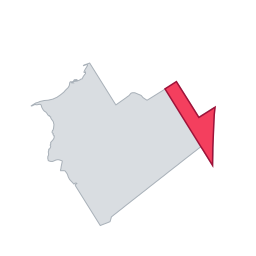 location of Bir Moghrein, Tiris Zemmour, Mauritania, rotated 58°
{"feature_id": "47542326B49457561972338", "entity_name": "Bir Moghrein", "entity_type": "district", "adm_level": 2, "iso_a3": "MRT", "parent_name": "Mauritania", "parent_adm1": "Tiris Zemmour", "projection": "mercator", "projection_center": [-8.377, 26.182], "detail": "fine", "context": "in_parent", "style": "filled", "palette": "rose", "viewbox_px": 256, "rotation_deg": 58, "n_neighbors": 0, "source": "geoboundaries", "source_scale": "gbopen_adm2", "svg_char_len": 3382}
<svg xmlns="http://www.w3.org/2000/svg" viewBox="0 0 256 256"><g transform="rotate(58 128 128)"><path d="M111.2,212.1L109.6,211.0L109.0,209.9L108.0,209.1L106.5,208.5L105.6,207.9L105.1,207.2L104.6,206.7L104.0,206.5L104.0,206.2L104.1,205.9L104.0,205.2L103.1,203.7L102.3,203.1L101.6,203.2L101.2,203.0L101.0,202.7L100.9,202.2L100.5,201.8L99.6,201.6L99.0,200.5L98.5,198.5L97.9,197.0L97.1,195.8L96.5,195.4L96.1,195.3L96.0,195.2L95.9,194.8L95.3,194.7L94.4,195.1L93.7,195.0L93.3,194.4L92.8,194.4L92.1,194.8L91.4,194.7L90.6,194.0L90.1,193.3L90.0,192.6L88.6,191.1L85.9,189.0L83.0,188.0L79.9,188.2L78.1,188.1L77.7,187.7L77.3,187.8L76.9,188.2L76.5,188.2L76.0,188.0L75.8,188.2L75.7,188.7L74.5,189.0L72.4,189.0L70.7,189.3L69.4,190.0L67.6,190.3L65.2,190.2L63.7,189.9L63.2,189.6L62.5,189.5L61.7,189.7L60.9,190.7L60.2,192.6L59.6,193.7L59.1,193.9L58.6,195.3L58.4,197.7L57.9,198.7L57.9,192.9L58.6,190.7L58.8,188.8L60.3,184.5L62.1,181.0L63.7,176.4L64.3,171.9L64.1,167.5L63.6,163.5L62.8,160.9L62.0,157.2L60.8,155.2L58.7,153.4L58.2,152.4L58.7,152.0L60.0,151.8L60.8,150.4L59.1,150.9L61.1,146.7L61.7,143.9L61.6,142.0L62.0,140.9L60.5,138.4L59.3,135.2L58.6,134.7L58.0,134.4L58.0,135.2L57.6,135.8L56.9,135.4L55.5,133.1L53.7,129.4L53.0,129.0L52.5,129.5L52.1,130.0L51.5,133.1L51.3,131.9L51.6,130.4L52.1,128.6L52.6,126.1L54.2,126.1L57.0,126.1L62.8,126.1L65.7,126.1L71.4,126.1L74.3,126.1L80.0,126.1L82.9,126.1L88.6,126.1L91.5,126.1L97.3,126.1L100.1,126.1L102.0,126.0L101.9,124.3L101.8,122.8L101.7,120.9L101.6,119.0L101.5,117.1L101.4,115.3L101.3,113.5L101.1,111.9L101.1,110.4L100.9,109.5L100.3,107.7L100.1,106.9L100.3,106.0L100.7,105.1L101.8,103.5L103.5,102.3L105.5,100.9L107.0,99.8L107.8,99.5L110.1,99.2L111.9,98.4L113.7,97.6L114.5,97.1L114.6,95.6L114.6,62.3L123.4,62.3L125.8,62.3L142.1,62.3L144.4,62.3L156.3,62.3L156.3,60.7L156.3,58.4L156.3,55.3L156.3,52.1L156.3,46.5L156.3,44.2L158.7,45.7L163.4,48.8L165.7,50.4L170.4,53.5L175.2,56.6L179.9,59.7L182.2,61.2L184.6,62.8L186.9,64.3L189.3,65.9L194.0,68.9L196.0,70.2L199.0,72.3L201.8,74.2L204.7,76.1L200.3,76.1L194.4,76.1L190.4,76.2L186.3,76.2L182.5,76.2L182.8,79.3L183.2,82.7L183.5,86.2L183.9,89.6L184.2,93.0L185.3,103.2L185.7,106.5L186.0,109.9L186.4,113.3L186.7,116.6L187.5,123.4L187.8,126.7L188.2,130.0L188.5,133.4L188.9,136.7L189.2,140.0L190.0,146.7L190.3,150.0L190.7,153.3L191.0,156.6L191.4,159.9L191.7,163.1L192.1,166.4L192.4,169.7L193.2,176.3L193.5,179.5L193.9,182.8L194.2,186.0L194.6,189.2L196.1,190.8L197.9,192.9L197.4,195.9L196.7,199.4L196.0,203.2L190.8,203.2L185.7,203.2L172.9,203.2L170.4,203.2L157.6,203.2L155.1,203.2L150.1,203.2L148.7,203.1L148.1,202.8L148.0,200.8L147.5,200.9L147.0,201.5L146.7,202.1L146.8,203.0L146.7,203.7L145.1,203.9L142.9,204.4L140.6,204.8L138.2,204.6L137.4,204.5L136.5,204.2L134.7,203.9L133.6,203.9L132.5,204.0L131.1,204.1L130.6,204.5L129.6,206.0L128.6,207.7L127.9,207.6L127.2,206.7L125.2,205.0L122.7,202.6L121.6,201.5L121.0,201.3L119.8,202.2L118.8,203.0L117.8,204.1L117.3,205.2L116.9,206.4L116.7,207.9L116.4,209.7L115.5,211.1L114.5,212.1L113.7,212.6L113.5,212.9L111.2,212.1ZM60.0,147.8L59.2,149.1L58.8,148.6L58.7,147.8L59.4,146.5L59.7,145.9L60.3,145.7L60.0,147.8Z" fill="#d9dde1" stroke="#a8b0b8" stroke-width="1"/><path d="M182.7,76.1L185.5,76.0L204.5,76.1L189.7,66.6L175.6,56.9L162.4,47.8L156.5,43.1L156.6,62.3L139.4,62.3L117.6,62.4L114.3,62.4L114.4,75.9L182.7,76.1Z" fill="#f43f5e" stroke="#9f1239" stroke-width="1.5"/></g></svg>